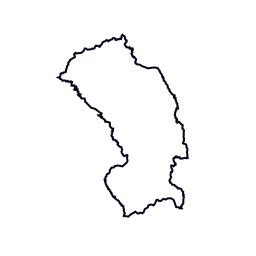 outline of Sung Men, Phrae, Thailand, rotated 28°
{"feature_id": "78962969B92353428607909", "entity_name": "Sung Men", "entity_type": "district", "adm_level": 2, "iso_a3": "THA", "parent_name": "Thailand", "parent_adm1": "Phrae", "projection": "robinson", "projection_center": [100.13, 18.026], "detail": "fine", "context": "isolated", "style": "outline", "palette": "ink", "viewbox_px": 256, "rotation_deg": 28, "n_neighbors": 0, "source": "geoboundaries", "source_scale": "gbopen_adm2", "svg_char_len": 5806}
<svg xmlns="http://www.w3.org/2000/svg" viewBox="0 0 256 256"><g transform="rotate(28 128 128)"><path d="M165.7,207.7L166.1,207.3L169.9,206.1L171.0,202.9L172.6,200.6L173.7,198.4L176.7,199.0L177.5,198.5L178.1,197.4L179.8,196.6L180.8,196.6L181.3,194.9L180.9,191.6L182.8,188.8L182.4,187.5L182.5,186.7L183.7,185.1L185.3,184.5L186.8,184.4L187.3,182.2L187.0,178.0L188.2,177.4L189.6,177.9L190.2,177.8L191.5,176.6L192.4,174.0L194.9,173.4L196.1,171.5L198.9,169.9L201.2,170.0L202.4,170.3L207.7,175.2L209.6,174.4L211.6,174.6L213.2,173.7L211.4,172.5L212.0,171.5L211.8,170.9L212.1,169.8L212.1,168.3L210.2,164.7L209.9,162.9L208.3,161.8L208.7,160.9L207.9,160.7L207.5,159.9L207.0,159.5L206.8,158.5L205.4,158.2L203.4,156.9L201.8,157.1L201.0,157.9L200.5,157.9L200.1,157.9L199.4,157.2L197.0,157.1L195.8,156.5L193.6,157.3L192.4,156.5L190.6,156.4L190.5,155.4L189.2,155.0L189.2,151.1L187.8,150.0L186.6,146.9L186.7,146.4L187.6,146.0L187.1,144.4L184.8,142.7L183.7,140.8L184.3,140.5L186.3,140.4L186.5,139.8L186.4,138.8L187.3,138.3L187.0,137.2L185.3,136.6L183.9,135.7L182.5,133.9L182.4,133.1L183.3,132.6L183.3,131.4L183.6,130.5L184.3,130.2L185.2,131.0L186.4,130.3L187.1,129.5L188.1,130.4L189.5,130.1L190.0,129.3L190.8,129.1L192.3,127.6L193.3,127.5L194.8,126.6L194.8,126.3L193.7,125.2L192.7,123.2L191.5,121.9L191.3,121.0L190.8,120.5L190.9,119.6L190.1,118.5L188.5,117.4L187.8,115.9L186.6,115.2L184.2,115.8L183.6,115.7L183.4,115.3L183.6,113.5L182.7,112.0L182.5,110.9L181.3,110.1L180.6,108.1L179.1,105.5L178.7,104.1L177.5,103.2L176.3,103.0L174.9,99.8L173.6,99.8L170.1,98.6L169.4,99.0L169.1,100.2L168.0,100.0L167.4,99.3L167.4,98.7L167.7,98.2L167.3,97.3L166.8,97.0L166.2,97.3L165.4,97.0L165.3,96.4L164.9,96.4L164.5,95.6L163.0,94.4L163.0,93.0L162.4,92.4L162.2,91.7L162.2,89.3L161.5,88.3L161.5,87.9L163.0,87.3L162.0,86.3L161.9,85.7L161.3,85.5L161.2,85.0L160.6,84.4L160.3,83.5L159.7,83.0L159.0,83.0L157.1,80.8L156.3,80.5L155.9,79.0L155.4,78.9L154.9,79.4L154.2,79.5L153.8,78.8L153.8,77.3L151.2,77.5L150.9,77.2L149.8,77.1L148.3,76.0L147.4,75.9L146.3,74.4L145.3,74.3L144.7,73.7L144.2,73.7L142.9,71.7L140.9,71.2L140.0,70.6L139.4,69.7L137.9,69.5L137.1,69.1L137.1,68.8L136.1,68.0L136.0,67.4L135.7,67.4L135.6,67.0L135.0,67.0L135.0,66.6L134.6,66.3L134.2,66.5L133.6,65.6L129.2,63.1L129.2,62.7L125.8,61.1L125.0,61.7L124.1,61.6L121.9,62.8L117.7,65.9L111.0,66.8L109.1,66.5L105.5,67.6L104.8,67.4L104.3,66.9L103.9,67.0L103.5,66.6L103.2,65.8L103.3,65.2L103.0,63.5L100.8,62.7L100.2,62.2L99.5,62.5L99.5,63.0L99.0,62.9L98.0,62.4L97.9,61.9L97.3,61.8L96.9,61.1L96.1,60.8L96.3,58.9L95.3,58.4L95.5,57.3L94.6,57.1L95.3,56.2L94.7,55.6L93.9,56.1L93.1,56.0L92.4,57.1L91.6,56.8L91.2,56.2L90.9,56.8L89.2,57.1L88.8,57.4L88.3,57.0L87.2,56.7L85.8,55.7L85.7,54.6L86.0,54.2L85.9,53.2L86.3,52.3L85.8,52.0L85.6,51.3L84.3,51.2L83.4,50.6L82.6,49.1L81.5,48.6L80.3,48.7L79.4,48.3L79.1,49.8L79.3,50.6L79.9,51.2L80.1,52.7L78.6,53.1L78.1,54.2L76.8,54.7L76.3,55.9L75.5,56.0L74.7,55.0L73.1,55.2L72.5,55.9L72.3,57.2L71.7,57.6L71.2,58.6L70.2,59.4L70.1,60.5L67.7,60.4L67.3,61.8L65.4,64.1L65.5,67.1L64.6,68.1L65.0,68.9L65.0,69.6L62.7,69.7L61.8,70.3L61.1,70.2L60.8,70.9L60.7,71.9L61.0,73.3L60.5,74.1L59.5,74.7L59.0,74.7L58.7,75.6L55.6,77.8L55.2,77.9L53.9,77.6L52.7,77.9L52.5,79.7L52.7,80.7L51.9,82.7L51.2,83.9L48.6,85.5L47.6,86.4L46.4,86.2L46.1,86.5L46.1,87.5L45.8,88.4L47.4,89.6L47.8,90.2L44.8,95.3L45.2,96.2L44.6,98.4L45.5,99.7L45.2,102.0L45.9,104.2L45.9,106.0L46.8,107.4L46.3,108.4L45.3,108.8L44.8,110.4L43.6,110.6L43.4,110.9L43.0,112.0L43.7,112.9L43.9,114.8L42.8,116.1L44.2,115.9L44.9,116.5L45.8,116.3L46.9,116.4L47.9,117.1L49.7,115.7L50.5,115.6L51.5,116.0L52.7,114.6L53.6,115.2L54.7,114.8L55.4,113.7L57.0,113.6L57.2,114.1L56.8,114.4L57.6,115.9L58.3,116.4L58.3,117.0L60.3,116.3L60.4,115.7L61.6,116.4L62.7,115.6L63.4,116.1L63.9,117.2L63.7,117.7L62.5,118.1L62.6,119.3L63.0,119.1L63.1,118.3L63.9,119.0L65.3,118.7L65.5,118.2L65.7,118.7L67.1,119.2L66.8,119.8L67.0,120.2L67.7,120.2L68.7,121.1L69.4,120.9L68.4,122.2L69.6,122.5L70.3,121.8L70.7,121.9L71.1,122.2L71.1,122.8L71.9,122.9L72.9,123.8L75.9,122.4L78.0,125.0L79.5,125.1L79.9,125.5L85.6,127.3L86.6,127.4L88.0,126.9L90.5,126.6L95.7,127.5L97.9,127.5L97.9,128.8L97.5,129.7L95.7,130.7L95.9,130.9L97.1,130.6L97.9,130.8L97.9,131.3L98.0,131.0L98.5,131.1L99.2,130.2L99.6,130.2L99.7,131.2L99.9,131.5L100.5,131.2L103.1,131.5L104.0,132.2L104.3,132.1L105.0,133.1L106.3,132.4L106.6,132.5L109.1,131.8L109.8,132.2L110.8,134.4L112.3,135.5L113.5,135.8L114.3,135.7L115.2,136.1L115.2,136.5L115.4,136.2L115.5,136.6L115.2,136.7L115.4,137.1L116.1,137.6L115.9,138.2L116.2,138.5L116.3,140.3L116.9,141.1L116.8,142.4L117.4,142.9L118.9,143.2L118.8,143.5L119.6,144.2L119.5,144.6L119.9,145.1L120.5,145.3L120.9,145.1L121.3,145.2L121.7,144.7L122.5,144.6L122.9,144.9L123.0,144.7L124.1,144.7L124.4,145.4L126.2,145.7L126.3,146.5L126.6,146.7L126.5,147.4L127.5,148.0L128.5,148.0L129.2,148.5L131.1,148.0L133.0,149.9L133.4,152.1L134.4,153.1L136.0,153.7L136.5,154.4L137.9,154.6L139.7,152.4L140.1,152.2L140.4,152.4L141.1,154.7L143.1,157.4L143.1,159.1L141.1,164.5L136.6,165.9L134.1,167.9L134.2,169.1L133.8,169.8L132.1,170.7L131.7,173.9L132.5,175.1L132.6,176.3L132.1,177.6L131.4,177.9L131.1,179.8L131.6,180.7L131.2,182.2L132.0,183.7L131.5,184.4L132.0,184.7L132.3,185.4L133.0,185.2L133.2,186.4L133.8,186.5L134.5,187.8L136.2,188.8L136.6,189.5L137.4,189.4L138.8,190.9L139.1,190.5L140.1,191.3L141.1,191.4L141.8,192.3L142.4,192.3L142.8,192.8L143.3,192.8L143.7,193.5L144.4,193.4L144.7,194.1L146.6,195.3L147.4,195.1L147.8,196.0L148.2,196.0L148.8,195.0L150.0,196.3L150.5,196.2L151.6,196.6L153.1,196.5L153.8,196.9L154.6,196.9L155.1,197.7L155.7,197.8L156.2,198.3L156.7,198.1L157.2,198.6L157.9,198.5L157.8,198.8L158.2,199.2L159.1,199.5L160.6,199.2L161.5,200.8L162.8,201.9L162.9,202.6L164.1,204.0L165.3,204.8L165.2,206.5L165.7,207.7Z" fill="none" stroke="#020617" stroke-width="2"/></g></svg>